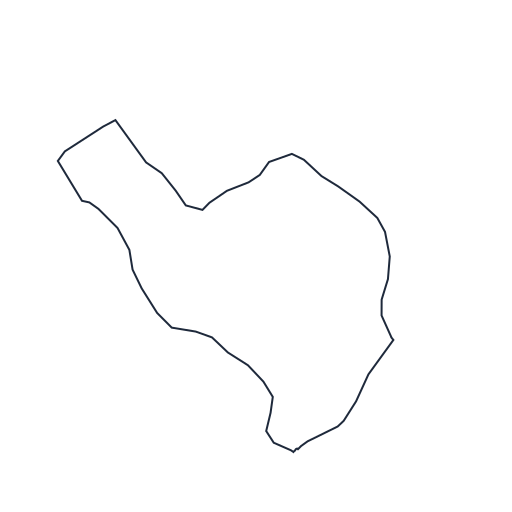 the Municipality of Al Marj, rotated 150°
{"feature_id": "LBY-2981", "entity_name": "Al Marj", "entity_type": "Municipality", "adm_level": 1, "iso_a3": "LBY", "parent_name": "Libya", "parent_adm1": "", "projection": "natural_earth1", "projection_center": [21.128, 31.907], "detail": "fine", "context": "isolated", "style": "outline", "palette": "slate", "viewbox_px": 512, "rotation_deg": 150, "n_neighbors": 0, "source": "natural_earth", "source_scale": "10m", "svg_char_len": 871}
<svg xmlns="http://www.w3.org/2000/svg" viewBox="0 0 512 512"><g transform="rotate(150 256 256)"><path d="M179.0,114.6L217.8,97.3L242.0,80.1L262.5,69.4L270.5,67.5L303.9,69.7L311.9,68.9L316.3,67.7L316.7,68.7L318.1,68.8L319.6,68.0L321.3,67.8L321.6,67.6L322.9,70.3L334.0,85.4L334.7,99.3L321.8,112.9L311.9,125.6L312.4,143.5L317.6,165.4L328.6,186.5L334.8,207.5L346.0,220.7L364.8,236.1L370.1,256.1L371.2,285.0L369.7,305.9L362.6,324.6L361.9,349.5L368.9,375.6L373.5,385.7L379.1,390.8L380.1,437.4L369.2,442.2L323.6,444.5L309.8,444.0L304.4,392.0L296.2,374.8L292.9,352.8L291.5,334.9L279.3,322.7L269.7,325.4L248.6,327.0L225.6,323.5L212.2,324.3L197.7,330.9L173.9,326.5L166.4,315.4L159.3,292.4L150.1,275.3L139.1,251.3L131.9,228.3L132.2,212.4L140.4,188.7L153.3,170.0L169.0,155.4L177.0,141.7L179.4,117.9L179.5,117.8L179.0,114.6Z" fill="none" stroke="#1e293b" stroke-width="2"/></g></svg>